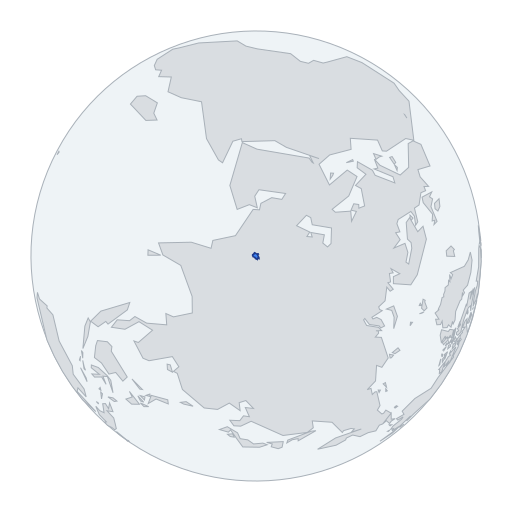 Paktika on an orthographic globe, rotated 118°
{"feature_id": "AFG-1759", "entity_name": "Paktika", "entity_type": "Province", "adm_level": 1, "iso_a3": "AFG", "parent_name": "Afghanistan", "parent_adm1": "", "projection": "orthographic", "projection_center": [68.71, 32.511], "detail": "fine", "context": "on_globe", "style": "filled", "palette": "blue", "viewbox_px": 512, "rotation_deg": 118, "n_neighbors": 0, "source": "natural_earth", "source_scale": "10m", "svg_char_len": 12054}
<svg xmlns="http://www.w3.org/2000/svg" viewBox="0 0 512 512"><g transform="rotate(118 256 256)"><circle cx="256" cy="256" r="225" fill="#eef3f6" stroke="#a8b0b8"/><path d="M300.1,35.1L302.1,35.7L320.2,42.3L330.9,45.6L324.6,44.4L348.4,52.5L361.4,59.6L343.5,50.9L339.3,49.7L346.6,53.8L343.8,53.6L345.8,55.7L341.8,55.2L331.7,50.8L329.0,50.6L334.3,53.7L333.7,55.6L326.3,51.0L324.4,54.1L307.2,48.8L290.6,39.3L277.8,38.2L252.4,34.1L251.5,35.0L241.4,34.9L236.6,36.2L233.3,35.6L232.4,37.2L236.4,37.5L237.3,38.4L234.9,39.4L230.2,38.7L230.7,38.1L228.1,38.4L226.7,37.7L226.0,38.6L220.6,38.0L222.3,40.1L214.9,40.9L212.3,40.2L217.4,38.2L223.9,33.7L222.8,33.4L216.2,34.3L193.6,39.6L191.4,40.2L209.1,35.6L227.2,32.6L245.4,31.0L263.7,30.9L282.0,32.2L300.1,35.1ZM183.1,42.9L188.0,41.3L185.2,42.7L192.8,40.8L192.8,41.3L198.7,40.7L192.6,43.1L183.5,46.0L178.3,46.8L174.1,48.4L174.8,49.8L161.1,54.3L144.9,62.8L141.9,64.0L143.6,61.5L154.3,55.1L155.1,54.6L183.1,42.9ZM152.0,56.1L149.8,57.4L144.5,60.2L152.0,56.1ZM137.5,64.4L136.3,65.2L137.0,64.8L133.4,67.1L134.8,66.1L137.5,64.4ZM339.2,48.5L335.0,46.5L340.0,48.6L339.2,48.5ZM346.8,56.1L348.8,56.8L349.0,57.6L346.8,56.1ZM201.7,39.5L200.2,40.1L199.9,39.9L201.7,39.5ZM205.6,38.8L206.2,38.2L208.2,37.8L207.8,38.2L205.6,38.8ZM343.0,57.8L342.6,59.2L341.3,57.0L343.0,57.8ZM204.4,39.8L211.6,37.2L215.1,36.7L216.3,37.9L204.4,39.8ZM341.2,59.5L340.2,63.5L344.8,65.3L331.3,62.9L336.6,60.0L334.3,56.8L338.1,59.0L341.2,59.5ZM238.7,37.3L234.3,36.9L240.2,36.4L238.7,37.3ZM242.2,36.8L258.9,34.9L264.1,36.3L257.5,36.4L266.1,37.9L260.4,39.3L254.4,38.9L252.2,37.6L251.7,39.3L242.2,36.8ZM324.1,61.3L322.3,61.8L322.2,60.4L324.1,61.3ZM238.2,38.8L241.1,38.1L245.8,39.2L240.9,40.7L240.9,39.9L238.2,38.8ZM271.1,37.7L273.7,39.0L269.9,40.5L270.4,41.3L260.7,39.5L271.1,37.7ZM238.6,40.1L238.2,41.6L233.8,42.0L235.6,39.6L238.6,40.1ZM249.1,38.9L251.1,39.5L248.4,39.6L249.1,38.9ZM217.8,45.2L221.2,44.0L223.9,44.4L217.8,45.2ZM238.4,42.1L239.9,42.0L241.4,42.1L240.2,43.2L238.4,42.1ZM258.7,40.9L256.5,41.4L262.4,41.6L259.8,43.1L253.8,41.7L255.3,42.9L254.5,43.4L250.5,41.9L258.7,40.9ZM243.4,44.7L234.9,44.1L228.1,46.1L225.4,45.7L236.9,42.7L243.4,44.7ZM247.9,43.1L244.5,44.0L243.0,42.9L244.3,41.7L247.9,43.1ZM260.1,44.6L265.7,42.7L266.8,43.1L260.1,44.6ZM241.7,45.5L243.8,45.6L241.4,45.7L241.7,45.5ZM254.8,45.0L256.7,44.2L257.9,44.7L254.8,45.0ZM246.5,46.8L243.7,46.5L244.5,45.6L246.5,46.8ZM250.5,46.1L251.8,47.0L246.5,45.4L251.2,45.7L250.5,46.1ZM255.7,45.6L257.0,45.6L254.7,45.9L255.7,45.6ZM244.9,50.8L238.1,49.1L239.9,46.9L246.3,48.8L244.9,50.8ZM35.5,253.3L38.6,215.2L42.7,207.3L47.5,193.6L79.7,171.0L82.0,179.0L102.2,190.0L103.9,193.8L96.6,203.1L107.8,228.0L117.2,222.1L132.2,238.4L145.4,243.4L158.8,224.5L137.3,215.8L138.4,204.1L159.5,202.3L179.0,210.7L180.1,206.5L171.9,193.4L180.5,187.9L169.5,188.3L170.9,193.6L164.0,194.2L162.3,189.5L165.5,187.6L160.8,183.6L147.1,194.7L147.0,201.3L132.2,197.3L130.6,208.1L125.1,210.7L125.6,193.5L128.8,188.7L126.3,167.7L121.7,172.3L123.7,192.6L121.2,189.7L114.9,197.0L117.7,189.2L116.8,166.7L106.1,162.8L85.3,174.4L80.6,171.4L80.0,162.8L94.8,144.6L103.7,153.6L109.1,148.2L113.5,136.3L115.8,140.3L118.7,136.9L122.7,140.1L134.4,136.0L139.3,138.6L149.9,129.2L153.9,129.5L146.5,134.8L144.0,140.2L157.0,147.6L161.3,146.8L167.1,140.3L169.9,143.6L173.9,136.4L184.3,138.0L174.9,130.4L181.5,123.6L191.0,120.7L191.4,117.4L176.0,122.1L171.3,125.4L170.0,130.2L155.9,139.1L150.1,138.4L158.6,124.6L151.3,122.5L161.1,113.5L196.9,104.8L208.8,105.8L215.9,121.7L209.7,125.0L204.1,120.7L203.8,130.9L206.5,127.0L208.8,130.0L215.7,125.0L217.7,127.0L220.9,119.2L224.1,121.0L222.1,125.9L235.0,121.0L243.3,123.8L245.2,121.8L245.0,118.9L255.7,124.9L256.7,123.2L253.5,120.6L253.4,115.7L257.4,109.6L260.9,112.0L259.9,114.5L263.2,123.7L260.1,130.6L261.9,131.0L265.4,125.7L261.5,114.3L262.9,110.0L265.7,115.0L264.8,112.8L266.6,111.5L271.6,112.6L269.0,107.1L284.0,91.4L295.2,92.6L296.0,98.2L310.2,91.8L321.8,95.0L318.9,92.3L323.7,88.3L320.1,87.1L319.1,85.6L329.8,76.3L335.1,76.5L336.4,70.7L334.9,69.5L331.1,69.0L331.3,62.9L344.8,65.3L347.5,67.7L354.1,68.1L359.3,74.0L366.7,79.4L368.7,86.6L374.4,90.8L376.3,90.5L385.5,96.5L397.7,110.9L379.3,100.3L359.3,81.8L366.7,89.1L362.5,88.0L363.7,91.2L369.1,96.7L371.3,96.9L367.1,110.8L375.2,128.9L380.8,124.8L387.7,127.9L401.8,147.9L404.2,182.7L413.4,189.6L416.3,195.8L413.3,202.0L409.0,193.0L403.0,192.0L401.0,186.4L394.8,194.3L391.8,186.6L388.4,197.1L393.4,202.0L400.0,197.4L398.4,210.5L409.5,217.9L414.5,230.4L408.4,258.3L396.6,270.4L396.6,274.7L390.0,272.1L384.1,282.6L398.7,301.3L399.3,307.8L388.3,323.9L387.6,319.3L370.1,312.5L368.9,328.5L382.2,337.3L386.8,350.2L377.5,348.6L372.5,337.3L366.3,334.5L366.6,321.0L358.7,302.5L349.1,308.6L348.5,300.3L336.2,285.5L321.7,293.4L299.6,318.0L298.8,338.7L290.2,348.2L274.2,319.6L270.3,299.3L262.5,301.4L247.7,283.7L216.2,280.4L213.6,274.6L207.2,276.4L197.1,269.5L193.9,259.8L186.9,259.2L196.1,284.5L203.8,285.2L212.8,277.5L213.8,286.0L223.7,294.5L206.0,312.2L162.3,321.3L161.2,305.3L144.6,255.1L146.9,250.6L147.0,250.0L147.0,249.0L142.1,255.9L140.4,246.1L145.8,280.2L145.3,293.5L161.6,322.1L159.3,323.9L165.5,330.3L189.4,329.3L188.8,334.3L175.6,354.8L145.4,376.5L151.3,396.3L152.3,410.8L137.7,414.8L143.3,426.1L136.3,426.6L138.7,432.0L135.6,435.2L128.7,435.6L112.5,426.6L108.1,421.3L94.8,406.6L74.9,373.6L75.4,363.4L72.5,352.1L61.1,320.4L63.3,308.2L61.2,300.1L56.2,297.0L54.1,287.3L51.4,284.2L37.4,269.4L35.5,253.3ZM63.4,187.5L61.3,191.2L61.3,191.3L63.4,187.5ZM196.4,230.6L210.2,234.4L209.6,219.8L214.9,220.2L212.8,215.3L209.5,218.7L205.2,205.6L213.2,203.1L214.4,197.1L209.8,195.6L195.8,202.5L202.0,221.0L196.4,225.7L196.4,230.6ZM141.3,62.1L138.4,63.9L138.8,63.6L141.3,62.1ZM130.1,70.6L124.6,74.1L128.9,71.1L128.5,70.9L137.2,64.9L140.9,64.4L137.7,65.5L130.1,70.6ZM149.8,57.6L143.9,60.9L150.2,57.3L149.8,57.6ZM130.9,116.5L130.2,120.1L125.7,123.1L119.5,121.3L125.9,116.9L130.9,116.5ZM130.3,124.7L140.4,112.4L144.7,113.6L140.5,114.9L142.4,116.9L136.2,119.7L130.4,133.4L126.1,137.0L116.9,130.9L122.3,130.6L122.7,126.9L130.3,124.7ZM158.7,84.2L163.1,80.3L166.6,87.5L162.1,90.5L155.6,88.5L157.1,83.9L158.7,84.2ZM205.1,43.0L206.6,42.1L207.9,42.1L207.7,43.0L205.1,43.0ZM219.2,44.6L200.1,47.6L200.8,46.6L188.7,50.4L185.9,49.2L193.8,46.6L182.7,48.9L188.7,46.1L180.9,48.2L198.7,42.6L203.7,40.7L199.3,43.2L201.7,44.2L204.2,44.1L215.1,42.6L227.0,39.5L231.3,40.6L231.2,42.2L229.0,43.1L226.9,42.0L225.5,44.0L220.7,43.1L219.2,44.6ZM227.5,67.7L225.9,64.8L222.3,71.1L217.6,69.3L217.5,70.1L212.1,70.3L205.3,72.2L203.9,71.0L201.9,72.3L198.3,72.7L195.1,74.2L191.3,72.6L187.1,74.5L187.7,72.7L181.4,76.4L184.5,73.1L180.1,73.6L179.4,76.6L167.3,67.2L159.8,66.8L151.9,68.6L158.2,63.3L169.6,58.6L182.5,55.5L188.8,57.0L190.5,54.7L194.0,54.9L191.2,56.6L197.6,54.1L199.7,54.8L211.2,53.7L219.1,50.2L223.5,50.0L221.5,51.8L227.3,50.4L226.4,53.7L229.5,53.7L231.7,57.3L226.0,61.1L229.9,60.9L231.8,64.0L227.5,67.7ZM245.3,51.8L239.5,56.2L234.0,57.5L232.4,50.8L229.7,50.3L228.5,46.7L236.4,45.0L236.0,46.1L237.5,46.9L234.5,47.1L238.0,47.5L237.6,49.2L240.3,50.1L237.7,51.2L245.3,51.8ZM108.8,191.8L110.7,193.7L114.3,195.4L110.4,200.3L108.8,191.8ZM107.8,176.5L110.0,177.1L106.2,184.3L104.3,182.5L107.8,176.5ZM114.3,171.6L110.4,176.6L111.4,172.8L114.3,171.6ZM148.8,135.2L151.4,135.7L150.5,137.5L147.6,139.2L148.8,135.2ZM215.7,88.2L215.7,85.8L217.3,85.5L221.6,80.6L225.4,81.8L224.4,85.3L215.7,88.2ZM153.3,226.6L147.7,229.1L146.5,226.4L148.7,226.1L153.3,226.6ZM126.6,214.6L131.2,220.1L125.5,215.9L126.6,214.6ZM220.6,88.8L222.0,86.5L223.1,88.6L220.6,88.8ZM228.5,82.6L230.3,84.6L226.4,81.4L228.5,82.6ZM256.6,478.6L260.0,479.2L256.1,479.2L256.6,478.6ZM188.0,416.9L180.8,438.2L170.8,436.0L166.3,428.7L167.1,415.0L177.9,413.3L182.4,407.2L188.0,416.9ZM426.8,363.9L431.0,362.2L430.7,363.1L426.8,363.9ZM422.6,363.5L427.6,361.0L421.4,365.8L422.6,363.5ZM429.5,360.0L434.7,355.5L436.9,352.9L436.3,354.9L429.5,360.0ZM419.0,365.4L398.2,374.2L389.5,375.1L391.9,371.3L405.9,366.7L419.0,365.4ZM391.2,371.4L377.5,367.1L356.3,345.6L364.0,344.3L385.6,354.7L384.3,357.9L392.6,362.2L391.2,371.4ZM423.0,342.2L421.5,351.0L410.4,355.4L405.1,356.3L401.5,347.0L403.6,340.7L408.0,339.1L423.3,312.9L429.0,314.8L424.7,325.2L429.3,330.4L423.0,342.2ZM300.0,340.5L306.1,351.8L301.2,354.2L300.0,340.5ZM428.1,296.1L422.8,307.8L427.2,293.6L428.1,296.1ZM429.8,283.6L430.8,287.8L427.7,284.9L429.8,283.6ZM397.8,280.9L393.2,283.7L392.4,280.6L397.8,275.2L397.8,280.9ZM418.2,241.0L420.7,250.4L420.7,254.0L417.4,249.3L418.2,241.0ZM255.5,100.3L245.2,105.3L240.3,110.6L241.6,115.9L235.4,111.0L242.9,102.8L255.5,100.3ZM280.1,92.0L278.9,88.0L282.3,88.7L283.1,89.7L280.1,92.0ZM277.3,90.3L270.4,87.5L271.7,84.6L276.9,87.4L277.3,90.3ZM245.2,87.2L241.9,88.5L241.1,86.7L245.2,87.2ZM428.6,400.8L428.8,400.6L426.6,402.7L395.8,429.7L390.7,431.9L395.6,427.0L398.1,417.0L400.1,416.2L403.3,407.7L423.5,389.9L439.1,366.7L446.2,361.9L454.1,345.4L460.1,339.8L456.0,351.3L459.5,350.4L468.6,324.4L464.4,341.6L457.2,357.4L448.8,372.6L439.2,387.1L428.6,400.8ZM437.0,358.5L443.4,348.7L446.3,346.1L437.0,358.5ZM475.1,302.7L475.3,307.5L473.8,311.7L472.7,310.2L469.6,319.9L463.9,326.9L465.9,321.4L465.7,316.6L458.4,322.0L457.0,319.7L460.0,314.5L454.5,316.3L460.6,309.2L462.6,314.9L465.8,305.6L470.4,301.4L474.0,298.3L475.8,299.2L475.1,302.7ZM459.7,326.4L460.6,325.5L459.5,328.7L459.7,326.4ZM479.6,283.7L479.8,281.8L479.7,282.4L479.6,283.7ZM476.5,296.8L478.9,284.9L479.3,283.7L477.5,294.6L476.5,296.8ZM478.8,282.0L479.5,280.4L479.5,282.6L479.3,284.2L478.8,282.0ZM447.4,329.9L447.0,332.3L445.2,331.9L447.4,329.9ZM449.7,326.9L454.7,325.3L449.1,329.2L449.7,326.9ZM432.2,330.6L434.0,334.8L439.7,328.1L435.3,335.5L438.7,341.7L437.2,345.6L434.0,338.7L432.0,349.0L429.5,350.2L428.5,342.9L431.4,331.5L433.9,325.9L443.9,318.0L432.2,330.6ZM449.9,320.6L448.4,315.6L449.4,310.7L451.0,312.8L449.9,320.6ZM443.4,303.7L438.6,299.1L435.0,304.2L441.6,289.3L445.2,296.2L443.4,303.7ZM438.2,290.0L434.9,294.7L437.8,286.5L438.2,290.0ZM433.6,292.7L432.5,287.9L435.5,286.9L433.6,292.7ZM440.0,289.1L439.4,280.0L441.6,284.2L440.0,289.1ZM429.2,277.1L436.9,281.9L428.2,283.0L424.4,266.4L427.8,264.0L429.2,277.1ZM426.8,197.5L424.0,193.2L426.2,190.2L427.5,194.0L426.8,197.5ZM430.8,178.0L425.9,188.1L421.5,196.8L424.5,197.7L426.4,206.8L420.2,201.2L420.8,189.3L424.7,184.2L422.2,176.9L423.1,169.9L418.0,162.1L417.4,157.5L423.2,163.1L430.8,178.0ZM415.6,159.1L407.1,144.8L412.6,143.2L415.7,145.9L417.3,153.0L414.3,153.4L415.6,159.1ZM406.6,141.0L403.6,141.5L384.7,124.9L382.1,121.1L399.4,132.0L397.5,133.1L401.2,137.7L406.6,141.0ZM324.6,62.8L322.5,61.9L324.9,62.1L324.6,62.8ZM317.0,85.2L316.0,83.2L318.8,83.2L317.0,85.2ZM314.7,77.8L312.3,79.1L313.4,76.8L314.7,77.8ZM307.0,82.3L310.6,79.1L309.2,83.7L307.0,82.3Z" fill="#d9dde1" stroke="#a8b0b8" stroke-width="1"/><path d="M258.0,258.2L257.8,258.4L257.7,258.5L257.4,259.0L257.2,259.2L257.1,259.3L256.9,259.4L256.7,259.4L256.4,259.6L256.2,259.5L256.1,259.3L256.0,259.2L255.9,259.0L255.9,258.9L255.7,258.9L255.5,258.7L255.4,258.7L255.2,258.7L255.1,258.8L255.4,258.9L255.5,259.0L255.4,259.0L255.2,259.1L254.8,258.9L254.7,258.9L254.4,258.9L254.2,258.7L254.0,258.9L254.0,259.0L254.0,258.9L253.9,258.9L253.7,258.8L253.7,258.7L253.7,258.4L253.8,258.3L253.8,258.1L253.9,257.9L253.8,257.6L253.9,257.4L253.9,257.2L253.9,256.9L253.9,256.6L253.9,256.4L253.9,256.2L253.7,255.9L253.5,255.7L253.4,255.7L253.1,255.4L253.0,255.2L253.3,254.8L253.6,255.1L253.8,255.2L254.1,255.1L254.3,255.1L254.5,254.9L254.5,254.7L254.9,254.4L255.1,254.2L255.2,253.7L255.3,253.6L255.6,253.4L255.8,253.2L255.9,252.9L256.0,252.7L256.4,252.4L256.5,252.4L256.6,252.5L256.7,252.4L256.7,252.5L256.8,252.5L256.9,252.9L256.9,253.0L256.9,253.3L257.0,253.5L257.1,253.4L257.3,253.3L257.5,253.2L257.8,253.1L258.0,253.1L258.3,253.1L258.2,253.3L258.3,253.3L258.3,253.5L258.2,253.7L258.1,253.8L258.5,254.0L258.6,254.5L258.4,254.7L258.3,254.8L258.2,254.9L258.2,255.0L258.3,255.1L258.4,255.4L258.3,255.5L258.2,255.8L257.9,255.9L257.8,256.0L257.7,256.2L257.7,256.3L257.8,256.5L257.9,256.8L257.8,257.1L257.8,257.4L257.8,257.5L257.9,257.9L258.0,258.2L258.0,258.2Z" fill="#3b82f6" stroke="#1e3a8a" stroke-width="1.5"/></g></svg>